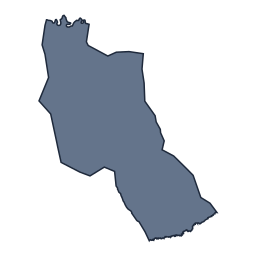 the district of Xishig-O'ndor, Bulgan, Mongolia
{"feature_id": "93677404B24557728041379", "entity_name": "Xishig-O'ndor", "entity_type": "district", "adm_level": 2, "iso_a3": "MNG", "parent_name": "Mongolia", "parent_adm1": "Bulgan", "projection": "orthographic", "projection_center": [103.627, 48.211], "detail": "fine", "context": "isolated", "style": "filled", "palette": "slate", "viewbox_px": 256, "rotation_deg": 0, "n_neighbors": 0, "source": "geoboundaries", "source_scale": "gbopen_adm2", "svg_char_len": 5262}
<svg xmlns="http://www.w3.org/2000/svg" viewBox="0 0 256 256"><path d="M143.3,53.7L129.0,51.6L116.3,52.2L107.8,56.0L88.2,45.5L86.4,41.9L89.1,24.3L86.5,23.5L86.3,23.6L86.1,23.6L85.6,23.3L85.5,23.2L85.3,22.4L85.2,21.2L85.1,20.8L85.0,20.3L84.8,20.1L84.4,20.0L83.9,20.0L83.4,20.3L83.3,20.8L83.4,21.0L83.5,21.6L83.5,22.4L83.4,22.6L83.2,22.8L82.6,23.2L82.2,23.3L81.5,23.2L81.1,22.8L81.1,22.4L81.1,22.1L81.2,21.9L81.6,21.5L82.0,20.8L82.0,20.4L81.9,19.8L81.8,19.5L80.6,18.3L80.3,18.1L80.1,18.1L79.8,18.3L79.1,19.2L78.9,19.8L78.7,20.3L78.4,20.5L77.8,20.6L77.0,20.3L76.4,20.4L75.7,21.1L74.8,21.7L73.6,23.1L73.3,23.8L73.2,24.1L72.7,25.2L72.4,25.8L72.2,26.0L71.0,26.0L69.9,26.7L69.5,26.9L69.0,27.0L68.1,27.0L67.2,26.9L66.6,26.3L66.4,26.0L66.4,25.3L66.5,24.8L66.8,24.5L67.3,24.3L68.5,24.4L69.4,24.4L70.6,23.7L70.7,23.1L70.2,22.8L68.0,22.2L67.2,21.7L66.3,19.7L66.0,18.6L65.9,17.7L64.8,16.4L64.2,15.4L63.7,15.4L62.9,15.8L62.4,16.8L62.0,18.3L61.7,18.7L61.3,19.1L60.6,19.4L60.3,19.6L60.2,19.8L60.3,20.4L60.6,21.6L60.8,22.0L60.8,23.6L60.7,24.0L60.3,24.8L59.8,25.2L59.4,25.4L58.7,25.5L58.0,25.3L57.4,25.0L56.9,24.2L56.8,23.9L56.8,23.4L57.4,22.7L57.5,22.2L57.3,21.5L56.9,20.5L56.4,19.7L56.1,19.5L55.6,19.7L55.4,20.1L54.8,21.9L54.7,22.3L54.4,22.6L54.1,23.0L53.5,23.1L53.0,22.9L52.8,22.8L52.4,22.3L52.3,21.8L52.1,21.3L51.3,20.9L49.9,20.4L49.4,20.4L48.5,20.4L47.4,19.9L46.5,19.8L45.0,25.4L42.1,44.9L45.0,54.3L48.6,77.5L39.0,100.9L50.7,114.0L56.7,142.0L57.7,146.9L61.1,162.4L79.9,172.1L90.0,175.9L104.3,167.1L114.6,171.4L116.1,186.0L116.9,187.1L117.4,187.8L117.6,188.2L117.5,189.1L118.1,190.2L118.3,190.8L118.5,191.1L118.6,191.7L119.0,192.3L120.6,193.6L120.8,194.5L121.2,196.0L121.3,196.1L121.6,196.5L121.7,196.9L122.2,198.0L123.2,201.0L124.1,202.2L125.2,204.8L126.6,207.3L128.1,209.1L130.9,211.0L131.8,212.5L131.8,212.8L131.7,213.1L132.5,214.3L136.8,220.5L137.8,221.2L139.0,221.7L145.1,231.9L149.2,240.6L149.3,240.4L149.7,240.4L150.2,240.0L150.2,239.8L150.4,239.7L150.7,239.7L151.1,240.1L151.4,240.3L152.0,240.1L152.4,240.2L152.6,240.0L152.9,240.1L152.7,239.7L152.8,239.4L153.6,239.3L153.7,239.7L153.9,239.7L153.8,239.4L154.2,239.3L154.3,239.6L154.3,239.1L154.2,238.9L154.4,238.6L155.0,238.2L155.6,238.1L155.8,237.9L156.0,237.9L156.5,238.2L156.3,238.5L156.8,238.7L156.9,239.0L157.0,239.0L157.4,238.6L157.9,238.7L157.7,238.3L157.7,238.2L157.8,238.1L158.0,238.0L158.3,238.0L158.8,238.3L159.0,238.3L160.4,238.0L160.6,238.0L160.8,238.2L160.7,238.5L160.8,238.6L161.0,238.7L161.8,238.7L162.4,238.1L163.5,238.1L163.8,238.1L164.0,238.4L164.3,237.7L164.6,237.5L164.8,237.1L165.1,237.0L165.3,237.2L165.6,236.9L165.5,236.6L165.9,236.6L166.2,236.8L166.3,236.6L166.6,236.6L166.8,236.9L168.1,236.8L168.3,236.8L168.5,237.1L168.9,237.1L169.2,236.7L169.5,236.7L169.8,237.0L170.0,237.0L170.5,236.6L170.6,236.9L170.7,236.7L170.9,236.6L171.2,236.7L171.6,236.0L171.9,236.0L172.0,236.2L172.5,235.8L172.9,235.6L173.1,235.6L173.7,235.8L173.8,235.8L174.1,235.4L174.3,235.4L174.5,235.4L174.5,235.5L174.3,236.1L174.6,236.4L174.9,236.4L175.0,236.3L174.8,236.0L174.8,235.8L175.1,235.8L175.3,235.9L175.3,235.4L175.5,235.2L176.0,235.5L176.2,235.0L176.4,234.9L176.8,235.0L176.9,235.3L177.2,235.6L177.6,235.3L178.0,235.3L178.4,235.4L179.1,235.3L179.1,235.5L179.4,235.7L179.8,235.8L180.2,235.5L180.8,235.8L181.4,235.9L181.7,235.4L181.5,235.2L181.7,234.7L181.8,234.7L181.9,234.9L182.0,234.9L181.9,234.7L181.8,234.3L181.6,234.1L182.0,233.9L182.6,234.1L182.8,234.0L182.5,233.9L182.5,233.6L182.6,233.3L182.6,232.9L182.9,232.7L183.0,232.9L183.1,233.1L183.3,233.1L183.2,232.8L183.1,232.6L182.9,232.5L182.8,232.4L182.9,232.1L183.5,231.4L184.0,231.6L184.3,231.2L184.6,231.0L185.2,230.8L185.9,230.7L186.1,230.6L186.1,230.0L186.1,229.9L186.3,229.8L186.8,230.2L187.0,230.1L187.4,230.7L187.7,230.7L187.8,230.9L188.0,230.9L188.1,231.0L187.9,231.4L188.0,231.5L188.4,231.3L188.6,231.3L188.9,231.1L189.7,231.0L190.0,231.0L190.4,231.4L190.6,231.5L190.7,231.4L190.8,231.0L190.9,230.8L191.3,230.6L191.7,230.4L191.8,230.3L191.8,229.8L191.9,229.5L192.6,228.9L192.5,228.6L192.5,228.4L192.8,228.0L192.5,227.2L192.5,226.6L192.5,226.3L193.0,226.0L193.1,225.7L193.4,225.4L193.7,225.4L193.6,225.2L193.5,224.9L193.6,224.7L194.6,223.8L194.9,223.8L195.0,223.9L195.2,224.3L195.3,224.3L195.3,224.2L195.0,223.5L195.0,223.4L195.4,223.3L195.5,223.4L195.7,223.1L195.8,223.0L196.5,223.1L197.0,223.0L197.3,223.1L197.5,223.4L197.5,223.1L197.4,223.0L197.7,223.0L198.0,223.0L198.5,222.9L198.9,223.0L199.0,223.2L199.1,223.4L199.4,223.5L199.6,223.8L200.3,223.7L200.7,223.4L200.7,223.2L200.9,223.0L201.4,222.8L201.9,222.2L202.5,222.1L203.9,221.5L204.1,221.1L204.4,221.0L205.3,220.0L206.5,219.3L207.9,218.7L207.7,218.3L207.7,218.2L207.8,217.8L208.1,217.8L208.1,217.6L208.4,217.4L208.6,217.4L209.9,216.9L210.2,216.9L211.0,216.6L211.3,216.3L211.7,216.4L211.8,216.1L211.7,216.0L211.7,215.9L211.9,215.8L211.8,215.7L212.8,215.5L212.9,215.4L212.7,215.2L212.8,214.9L213.0,214.8L213.4,215.0L213.5,214.9L213.6,214.5L213.8,214.2L214.1,213.9L215.0,213.7L214.9,213.4L215.0,212.9L215.2,212.5L215.6,212.3L216.3,212.3L216.8,212.6L217.0,212.6L210.0,203.2L200.8,197.5L193.1,175.3L186.2,168.3L173.7,156.0L162.1,149.8L164.2,140.9L160.6,132.8L160.3,129.3L156.2,122.0L155.1,115.7L144.8,101.2L144.1,83.0L142.0,69.1L143.3,53.7Z" fill="#64748b" stroke="#1e293b" stroke-width="1.5"/></svg>